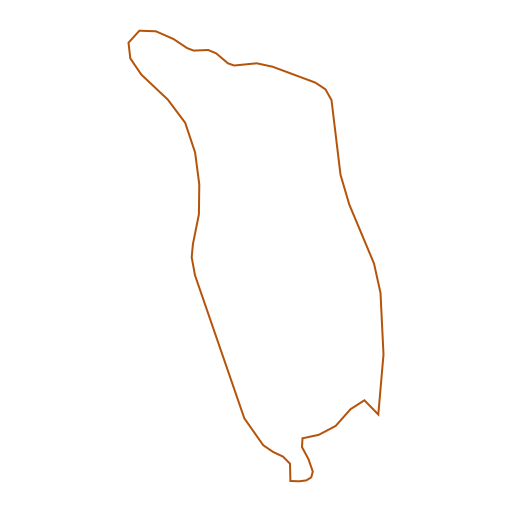 map outline of Temburong (orthographic projection), rotated 180°
{"feature_id": "BRN-1183", "entity_name": "Temburong", "entity_type": "District", "adm_level": 1, "iso_a3": "BRN", "parent_name": "Brunei", "parent_adm1": "", "projection": "orthographic", "projection_center": [115.184, 4.611], "detail": "fine", "context": "isolated", "style": "outline", "palette": "amber", "viewbox_px": 512, "rotation_deg": 180, "n_neighbors": 0, "source": "natural_earth", "source_scale": "10m", "svg_char_len": 748}
<svg xmlns="http://www.w3.org/2000/svg" viewBox="0 0 512 512"><g transform="rotate(180 256 256)"><path d="M221.6,31.0L222.0,48.3L229.0,55.4L239.0,60.1L248.8,66.8L267.7,93.7L317.0,236.7L320.3,254.7L319.1,267.8L313.1,297.7L312.7,327.5L316.9,359.5L326.8,389.2L344.2,412.4L370.7,437.4L381.7,453.6L383.5,469.3L372.6,481.3L356.1,480.7L338.6,473.0L324.9,463.9L318.3,461.4L303.8,462.0L295.9,458.7L284.1,448.7L277.8,446.5L255.3,448.7L239.5,445.3L196.5,429.3L186.5,422.6L180.5,411.9L171.5,337.3L162.7,307.4L138.0,248.5L131.5,219.1L128.5,157.5L133.7,97.5L147.6,111.7L161.4,102.9L176.3,86.1L193.2,77.2L209.5,73.7L210.0,64.9L203.6,53.0L199.2,40.4L200.8,34.6L205.7,31.6L212.8,30.7L221.3,31.0L221.6,31.0Z" fill="none" stroke="#b45309" stroke-width="2"/></g></svg>